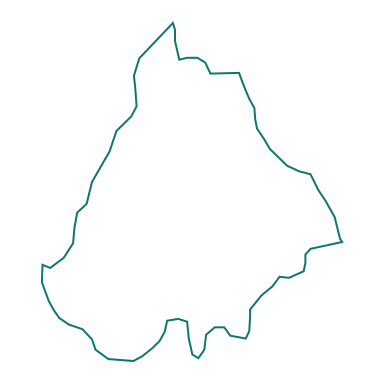 Sancheong-gun, South Gyeongsang, South Korea
{"feature_id": "91817680B92610564128426", "entity_name": "Sancheong-gun", "entity_type": "district", "adm_level": 2, "iso_a3": "KOR", "parent_name": "South Korea", "parent_adm1": "South Gyeongsang", "projection": "equal_earth", "projection_center": [127.892, 35.389], "detail": "fine", "context": "isolated", "style": "outline", "palette": "teal", "viewbox_px": 384, "rotation_deg": 0, "n_neighbors": 0, "source": "geoboundaries", "source_scale": "gbopen_adm2", "svg_char_len": 1055}
<svg xmlns="http://www.w3.org/2000/svg" viewBox="0 0 384 384"><path d="M239.1,72.9L210.4,73.6L205.2,62.5L197.4,57.8L187.1,57.8L179.3,59.7L175.0,41.1L175.0,29.9L172.9,23.0L139.3,58.3L133.9,75.8L135.2,87.4L136.6,106.3L131.2,116.5L116.4,131.0L109.6,151.4L102.8,163.1L92.0,182.0L86.6,203.9L77.2,212.6L74.5,227.2L73.1,243.2L63.7,257.8L50.2,268.0L42.5,264.8L41.9,282.4L48.8,301.1L54.0,310.5L59.2,317.9L68.7,324.5L82.5,329.2L92.0,339.4L95.5,349.7L108.4,359.1L120.5,360.0L133.5,361.0L142.1,356.3L151.6,348.8L159.4,341.3L164.6,332.0L167.2,320.7L178.4,318.9L187.1,321.7L188.8,338.5L192.3,354.4L198.3,358.2L204.3,349.7L206.1,334.8L214.7,327.3L224.2,327.3L230.3,335.7L245.8,338.5L249.3,331.0L250.1,316.1L250.1,309.5L261.4,295.5L272.6,286.2L279.5,276.8L289.0,277.8L303.7,271.2L305.4,262.8L305.4,254.4L310.6,248.8L342.1,242.0L339.9,238.5L334.7,217.1L325.2,200.3L318.3,190.0L310.5,174.2L299.3,171.4L287.2,165.8L269.9,149.0L263.9,138.8L257.0,128.5L255.2,119.2L254.4,108.1L249.2,98.7L244.9,88.5L240.6,77.3L239.1,72.9Z" fill="none" stroke="#0f766e" stroke-width="2"/></svg>